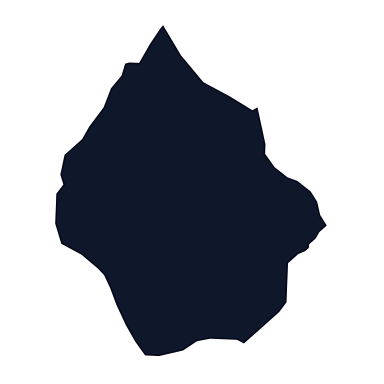 the district of Sunchon City, P'yŏngan-namdo, North Korea, rotated 92°
{"feature_id": "82179303B13009461499859", "entity_name": "Sunchon City", "entity_type": "district", "adm_level": 2, "iso_a3": "PRK", "parent_name": "North Korea", "parent_adm1": "P'yŏngan-namdo", "projection": "natural_earth1", "projection_center": [125.947, 39.488], "detail": "fine", "context": "isolated", "style": "filled", "palette": "ink", "viewbox_px": 384, "rotation_deg": 92, "n_neighbors": 0, "source": "geoboundaries", "source_scale": "gbopen_adm2", "svg_char_len": 898}
<svg xmlns="http://www.w3.org/2000/svg" viewBox="0 0 384 384"><g transform="rotate(92 192 192)"><path d="M27.6,226.8L29.9,228.6L46.2,238.7L65.6,248.9L65.5,259.0L66.7,262.7L78.5,265.8L91.5,275.9L111.0,282.7L130.5,296.3L143.5,303.1L159.7,320.0L179.2,323.4L189.1,320.0L198.8,326.8L211.8,326.8L228.2,326.9L247.8,320.2L257.8,300.0L271.0,283.2L277.6,276.4L290.7,269.7L307.0,263.0L326.7,253.0L343.1,242.9L356.2,232.8L356.4,219.3L350.0,195.7L340.3,182.2L337.2,168.7L337.3,158.6L337.4,141.7L340.7,135.0L327.8,121.4L318.1,111.3L308.4,101.2L298.6,94.4L282.3,94.4L269.3,94.3L259.5,94.3L249.8,84.2L246.6,77.4L243.4,74.0L240.1,74.0L233.6,67.3L227.1,63.9L220.7,57.1L210.8,63.8L197.8,67.2L187.9,73.9L178.0,87.3L174.7,97.4L164.8,110.9L151.6,121.0L141.8,121.0L128.7,124.3L115.7,127.6L106.3,130.0L109.1,134.4L95.8,157.9L82.5,184.9L56.2,208.4L27.6,226.8Z" fill="#0f172a" stroke="#020617" stroke-width="1.5"/></g></svg>